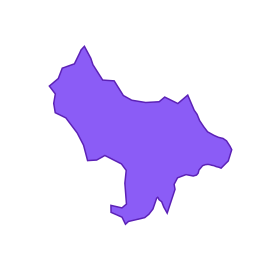 the Municipality of Vecpiebalgas, rotated 320°
{"feature_id": "LVA-5797", "entity_name": "Vecpiebalgas", "entity_type": "Municipality", "adm_level": 1, "iso_a3": "LVA", "parent_name": "Latvia", "parent_adm1": "", "projection": "orthographic", "projection_center": [25.724, 57.121], "detail": "fine", "context": "isolated", "style": "filled", "palette": "violet", "viewbox_px": 256, "rotation_deg": 320, "n_neighbors": 0, "source": "natural_earth", "source_scale": "10m", "svg_char_len": 1055}
<svg xmlns="http://www.w3.org/2000/svg" viewBox="0 0 256 256"><g transform="rotate(320 128 128)"><path d="M139.4,39.4L142.3,38.0L147.1,37.4L144.3,50.7L141.8,57.0L139.4,75.0L147.7,83.0L145.3,100.1L148.7,109.1L157.9,119.8L168.7,127.9L176.0,127.9L181.9,141.3L194.9,141.2L190.1,157.0L189.7,161.9L187.6,168.4L186.8,175.6L186.5,182.1L189.2,189.1L191.3,193.3L194.1,197.1L195.2,201.2L194.4,207.5L193.5,211.3L183.6,217.7L173.5,218.6L172.4,216.5L170.7,214.2L169.7,212.2L168.3,210.5L167.2,208.8L165.9,207.3L163.7,205.8L160.9,204.8L155.4,205.8L152.7,207.7L150.2,208.1L147.1,206.7L142.5,201.0L133.9,198.0L127.1,200.8L124.6,205.2L103.3,218.4L104.6,211.6L106.4,206.1L105.7,202.8L106.2,201.2L106.2,200.2L104.8,200.2L95.0,206.1L88.6,207.5L83.2,207.4L68.3,199.9L64.2,200.1L66.1,192.5L60.8,181.7L65.2,176.3L72.0,185.3L77.9,185.3L90.1,168.3L99.4,159.3L99.9,151.3L92.6,134.2L83.4,132.4L76.1,127.0L82.9,112.6L85.9,99.2L86.9,80.3L82.1,69.5L86.9,61.4L94.2,55.2L94.7,45.3L106.4,45.3L116.1,39.9L128.2,44.4L139.4,39.4Z" fill="#8b5cf6" stroke="#5b21b6" stroke-width="1.5"/></g></svg>